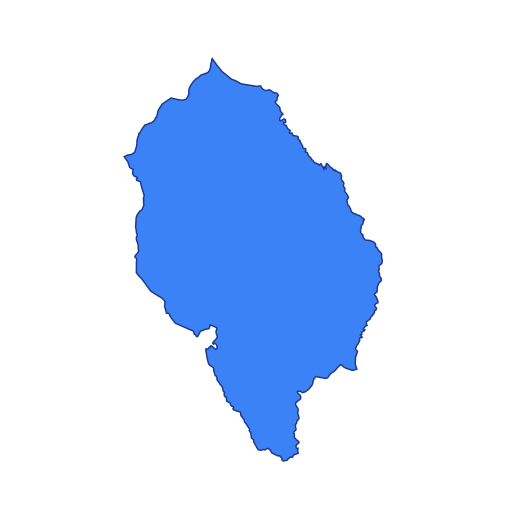 Laleia, Manatuto, East Timor, rotated 332°
{"feature_id": "22284137B53372282779403", "entity_name": "Laleia", "entity_type": "district", "adm_level": 2, "iso_a3": "TLS", "parent_name": "East Timor", "parent_adm1": "Manatuto", "projection": "natural_earth1", "projection_center": [126.125, -8.597], "detail": "fine", "context": "isolated", "style": "filled", "palette": "blue", "viewbox_px": 512, "rotation_deg": 332, "n_neighbors": 0, "source": "geoboundaries", "source_scale": "gbopen_adm2", "svg_char_len": 6122}
<svg xmlns="http://www.w3.org/2000/svg" viewBox="0 0 512 512"><g transform="rotate(332 256 256)"><path d="M292.0,403.2L292.7,398.3L296.3,392.2L300.8,388.0L300.1,384.8L300.5,384.4L303.0,382.3L304.8,381.5L307.4,379.7L307.9,379.2L308.8,377.2L310.6,377.2L311.1,377.7L311.6,377.6L311.0,374.9L312.7,374.9L313.1,373.4L313.9,372.9L316.3,372.9L317.4,372.4L316.6,371.6L316.5,370.9L317.9,370.1L319.3,369.5L321.5,369.4L321.8,367.1L322.7,365.9L327.3,365.2L328.6,363.9L331.7,362.9L332.2,362.1L333.7,361.9L334.8,360.0L336.3,360.2L338.0,358.5L337.3,356.2L337.5,355.4L339.1,354.3L341.7,354.5L342.4,353.4L342.9,349.0L342.5,345.6L343.1,345.0L346.1,344.5L347.6,341.8L349.1,339.7L350.2,339.0L350.9,338.1L351.9,337.5L354.8,336.7L356.0,334.7L355.7,331.9L356.9,328.9L357.0,327.4L357.3,326.5L358.9,325.3L358.9,323.9L360.3,322.3L363.4,321.7L364.9,320.2L365.8,318.2L366.0,316.5L367.9,313.1L367.3,309.8L366.5,308.2L366.8,306.6L366.7,305.3L366.0,304.5L367.2,300.9L366.0,298.2L365.2,297.3L364.4,296.7L363.7,295.6L360.3,293.5L359.9,292.7L359.5,290.7L359.6,289.1L360.3,287.4L359.8,286.9L359.4,284.8L360.5,282.1L361.9,280.8L362.7,279.2L363.9,278.3L364.9,278.2L367.2,275.8L367.6,274.8L368.5,275.0L368.8,274.2L366.4,268.8L364.6,267.3L363.5,265.3L362.3,264.6L361.7,263.0L361.2,262.3L360.9,261.5L361.5,259.3L361.6,255.8L361.1,254.5L361.5,252.1L362.6,249.2L365.0,248.0L365.2,247.5L365.3,244.6L364.6,240.9L364.7,240.0L365.8,239.1L366.1,238.3L366.0,235.4L366.4,234.5L367.8,233.0L367.8,231.2L367.3,229.1L367.5,227.7L369.1,225.7L369.5,223.1L369.3,222.0L367.5,220.1L366.1,217.1L365.6,217.6L364.8,216.8L364.5,216.2L364.8,215.4L364.6,214.7L363.1,211.7L362.7,209.2L362.0,207.6L361.3,207.6L360.7,208.7L359.8,209.3L359.0,211.4L358.2,209.4L356.9,211.2L356.6,208.2L356.8,205.6L356.4,204.9L354.5,205.5L354.2,204.2L353.1,203.4L353.0,202.7L351.7,201.4L351.0,198.2L350.6,197.2L350.3,194.3L349.5,193.0L349.5,190.8L349.8,189.3L349.6,188.4L348.4,187.3L348.4,186.8L349.5,186.3L350.2,184.4L348.6,183.5L348.3,183.0L348.3,181.9L348.7,181.1L348.7,176.0L349.1,175.0L348.7,174.5L348.3,172.0L349.2,170.9L348.8,169.9L348.1,169.2L345.1,166.8L345.6,164.6L345.1,164.1L343.4,163.6L343.3,162.8L345.2,161.4L343.9,158.8L343.7,157.4L343.9,154.8L342.7,153.4L342.4,152.4L343.0,151.2L344.6,151.9L345.1,151.7L346.0,149.4L345.0,148.0L341.6,148.3L340.6,147.5L341.6,145.5L345.1,143.6L346.4,143.4L345.6,139.7L346.7,135.7L345.1,130.7L345.3,129.2L345.9,128.6L347.4,128.5L349.7,125.4L351.0,124.9L351.2,123.6L350.6,121.7L349.1,120.7L347.9,119.3L346.0,115.6L343.2,114.9L342.0,114.3L341.2,113.4L340.1,111.2L339.9,110.1L340.0,108.2L339.3,107.6L336.6,106.8L323.8,97.1L320.3,91.7L317.3,88.3L312.6,77.1L311.0,68.7L310.0,61.2L309.1,61.9L308.3,63.3L306.6,64.8L303.8,68.8L301.4,70.8L299.2,71.4L292.3,70.4L289.3,71.2L285.9,71.5L281.8,72.9L278.0,75.0L276.1,76.3L274.9,77.6L273.8,79.3L273.3,80.7L272.1,82.0L270.3,83.6L268.4,84.5L266.7,84.7L263.7,83.6L260.5,81.3L255.2,76.6L244.5,77.8L238.8,81.0L237.5,82.0L233.6,86.6L232.2,86.7L231.1,87.9L229.7,88.7L225.8,89.4L224.3,88.6L223.1,88.9L219.6,88.2L218.3,88.6L217.8,89.0L215.6,90.0L212.5,91.8L211.2,93.0L210.4,92.7L209.7,93.0L209.3,94.2L207.8,95.3L205.4,97.8L203.5,101.1L201.7,103.4L197.9,107.2L196.2,107.7L193.3,107.8L190.4,106.7L186.3,106.4L187.0,113.0L186.1,118.4L186.8,120.2L188.0,121.2L188.0,122.0L186.2,124.6L185.7,125.7L185.9,127.9L186.5,129.1L187.7,130.2L187.9,130.9L187.7,131.6L186.8,131.7L186.2,132.5L186.2,133.4L188.3,135.4L188.7,136.1L188.6,137.1L187.7,139.9L185.7,150.1L183.7,152.3L180.5,158.9L176.8,161.7L174.2,161.9L170.1,164.1L168.0,166.2L163.2,174.1L162.5,176.7L161.5,178.9L161.1,181.7L159.2,183.3L158.3,184.9L158.0,185.8L157.3,190.5L155.3,194.5L154.8,196.5L153.0,197.7L149.6,199.0L148.6,199.9L149.3,202.0L148.9,203.5L148.0,204.5L142.5,214.6L143.1,218.1L144.6,223.4L146.5,237.4L150.6,244.8L152.7,248.1L154.0,251.3L154.2,253.8L151.8,257.2L150.1,264.5L152.0,265.8L152.3,266.8L151.9,268.7L152.0,270.2L153.1,276.9L153.7,278.1L165.2,292.6L165.5,293.4L164.8,295.9L165.4,296.9L165.8,299.4L166.4,299.7L167.1,299.5L170.9,296.8L172.8,296.3L173.7,296.8L177.0,296.9L179.6,297.9L180.4,297.9L181.1,297.6L183.2,295.2L187.7,300.8L187.4,301.6L185.0,304.2L184.3,306.7L184.2,308.1L183.8,309.2L183.1,309.9L180.4,311.1L178.0,311.7L176.8,312.7L177.0,313.8L178.7,313.9L179.2,314.7L179.5,316.5L178.7,318.5L177.9,319.5L176.9,319.4L176.3,318.9L174.6,314.6L174.0,314.1L173.0,315.0L172.0,314.5L170.7,315.4L169.7,315.7L168.9,314.7L168.1,314.6L167.3,316.0L164.6,324.4L163.5,329.2L164.0,330.8L165.8,334.2L165.8,335.3L164.8,337.8L164.3,339.9L163.9,342.0L164.5,343.7L164.4,345.0L163.4,347.2L164.0,350.1L163.9,351.6L164.7,355.3L164.7,356.4L163.7,359.7L163.7,360.4L164.3,361.8L163.0,362.9L162.6,364.1L162.5,365.5L163.5,366.9L162.3,369.3L162.0,370.6L163.8,373.1L164.0,373.7L163.7,376.5L164.3,377.5L165.4,378.5L164.9,379.3L164.0,380.0L163.8,381.0L167.2,384.9L168.5,386.0L168.9,386.9L167.7,390.0L168.2,391.3L168.2,393.0L168.7,394.8L168.0,397.2L168.5,399.5L169.0,405.5L168.9,406.2L168.0,407.1L168.3,409.9L166.7,413.7L166.8,415.4L167.6,416.9L166.7,419.2L166.9,427.7L167.2,428.4L169.1,429.8L171.9,430.5L173.1,431.5L174.8,431.1L176.3,431.6L177.5,434.1L177.5,437.0L177.7,437.6L181.5,442.8L183.1,443.3L183.2,444.7L183.8,445.7L183.9,446.8L183.2,447.7L183.6,449.6L184.1,450.0L186.3,450.4L186.9,450.8L187.8,450.8L188.6,450.3L189.2,450.4L191.4,449.6L192.2,449.8L193.3,450.7L194.0,450.7L194.9,449.8L195.9,449.6L196.7,449.1L197.5,449.6L200.7,449.9L201.2,447.8L202.8,445.5L201.7,445.2L201.5,444.6L201.8,443.1L202.4,442.3L203.3,441.6L205.9,441.2L206.6,440.4L206.5,439.7L205.5,437.5L204.7,434.2L206.4,431.0L206.1,430.1L206.8,429.1L209.1,428.5L209.9,427.9L211.3,423.7L213.4,422.5L214.6,421.0L215.2,420.6L216.6,420.4L218.0,419.2L219.1,414.1L221.0,411.8L221.4,410.7L221.1,406.2L222.0,404.3L228.1,403.1L229.4,401.5L229.5,399.0L228.6,397.2L228.6,395.3L230.2,395.3L231.4,396.0L232.3,397.2L232.6,398.2L233.3,398.6L235.6,399.0L239.6,398.5L244.2,396.7L246.2,395.3L247.8,393.1L249.7,391.6L252.5,390.6L254.8,392.7L259.2,396.1L260.4,396.9L262.1,397.1L266.3,395.0L271.5,394.4L276.8,392.4L280.0,391.7L281.6,395.7L283.3,397.9L286.8,401.6L288.2,402.6L292.0,403.2Z" fill="#3b82f6" stroke="#1e3a8a" stroke-width="1.5"/></g></svg>